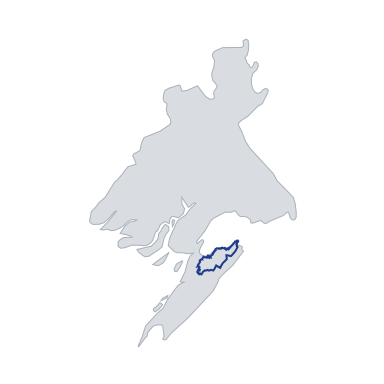 location of Khagrachhari, Chittagong, Bangladesh, rotated 49°
{"feature_id": "16705992B35326431749719", "entity_name": "Khagrachhari", "entity_type": "district", "adm_level": 2, "iso_a3": "BGD", "parent_name": "Bangladesh", "parent_adm1": "Chittagong", "projection": "natural_earth1", "projection_center": [91.852, 23.211], "detail": "medium", "context": "in_parent", "style": "outline", "palette": "blue", "viewbox_px": 384, "rotation_deg": 49, "n_neighbors": 0, "source": "geoboundaries", "source_scale": "gbopen_adm2", "svg_char_len": 5549}
<svg xmlns="http://www.w3.org/2000/svg" viewBox="0 0 384 384"><g transform="rotate(49 192 192)"><path d="M139.0,269.9L139.0,261.0L133.7,243.5L134.0,241.6L132.9,233.1L131.6,228.5L131.0,223.5L134.2,216.3L132.9,215.1L125.8,213.0L125.0,211.1L126.6,204.1L121.5,197.4L119.5,192.4L125.1,176.3L126.5,165.1L126.1,162.9L122.8,160.4L116.9,159.4L112.8,157.3L110.4,154.1L108.3,152.9L105.8,153.8L102.5,152.6L99.8,149.4L97.6,145.6L98.5,141.4L102.8,131.5L104.4,131.2L108.1,133.1L109.5,133.1L112.0,129.2L115.5,118.1L127.4,119.1L130.2,118.7L133.2,117.8L134.8,116.4L135.7,114.6L135.4,113.1L131.8,111.0L130.4,109.4L129.4,105.0L128.4,103.3L121.2,103.0L117.5,101.0L115.4,99.2L111.8,93.1L107.4,88.6L103.1,87.5L101.4,86.1L100.6,83.8L101.1,80.4L103.3,74.0L115.2,60.1L115.6,58.6L115.1,56.8L111.7,54.6L111.4,53.5L112.4,50.6L114.4,50.2L118.5,52.9L122.6,57.1L125.0,60.9L125.1,64.0L128.3,64.6L131.0,65.9L133.8,65.5L135.6,66.2L136.8,66.0L137.3,64.2L135.0,59.9L136.1,58.0L138.8,58.1L140.8,59.8L142.2,63.1L142.4,68.3L145.6,73.1L149.8,76.4L153.0,78.0L157.0,79.1L160.4,78.0L162.1,74.7L161.3,71.8L161.9,69.1L163.2,67.7L165.4,67.8L166.9,69.9L171.5,81.1L170.5,86.1L171.5,99.9L170.3,108.9L171.0,112.4L171.8,113.0L178.7,114.7L188.8,118.3L196.5,119.6L231.4,118.6L239.1,120.4L262.4,119.0L268.7,121.9L275.6,126.6L279.5,130.1L280.2,132.1L279.8,133.8L278.5,134.7L276.1,134.8L270.6,132.5L269.7,133.2L269.6,138.6L265.2,152.2L264.5,156.4L263.0,158.0L258.4,158.9L255.3,166.8L254.0,167.8L251.0,166.1L249.1,166.4L246.8,167.1L244.4,168.9L242.8,171.2L240.9,172.0L234.4,171.8L233.1,175.5L228.9,180.3L225.9,193.1L226.1,197.0L229.7,207.1L232.2,220.3L233.2,221.7L234.4,221.8L234.5,215.8L235.7,215.0L237.2,215.7L240.3,223.8L242.0,225.9L244.7,226.5L247.8,225.2L250.1,222.8L251.1,220.3L250.3,211.4L251.7,207.8L257.0,202.4L257.8,200.7L257.5,191.8L259.5,191.5L262.2,192.2L265.6,190.1L266.6,190.1L268.0,192.3L270.5,191.9L274.1,209.6L274.4,222.0L275.2,228.9L276.5,230.5L280.6,240.9L284.4,277.4L284.9,300.6L286.4,308.5L285.1,310.3L283.8,310.6L282.6,307.8L274.0,302.0L271.9,302.6L269.0,306.0L267.8,309.1L268.3,313.6L269.2,318.0L271.3,320.5L271.5,323.3L273.8,333.7L273.1,333.8L268.4,324.3L262.7,314.9L260.8,298.2L260.7,290.0L256.8,280.2L253.2,263.3L254.8,257.3L252.0,259.9L247.7,249.7L241.0,239.8L239.1,235.4L239.0,231.1L236.1,235.4L232.2,238.5L228.1,243.0L225.5,244.4L217.0,245.2L212.1,239.1L205.2,224.2L204.2,220.8L205.2,212.1L203.5,203.8L203.1,196.5L201.8,197.1L201.3,199.1L201.6,202.2L201.1,204.8L189.3,203.1L194.3,207.5L199.7,208.5L202.5,212.4L202.7,218.9L197.3,222.8L197.8,226.1L200.9,230.1L197.1,231.3L196.1,233.9L196.0,237.6L198.6,243.4L198.2,245.6L202.6,253.1L203.4,256.7L202.3,261.8L192.7,272.1L189.9,279.4L187.5,282.8L184.5,283.5L180.9,280.0L180.9,276.5L181.6,273.6L186.7,266.8L183.9,267.7L176.1,273.4L174.7,268.8L173.7,264.6L173.7,259.4L177.5,251.6L173.2,255.5L172.0,260.3L172.5,266.0L172.0,270.0L170.3,275.3L168.0,278.5L164.3,280.5L162.7,283.6L160.2,285.9L159.4,275.3L156.8,261.0L156.2,264.1L157.5,272.9L157.4,278.7L155.4,283.3L151.3,288.2L148.2,288.9L146.4,288.1L140.7,280.7L140.2,273.8L139.0,269.9ZM210.0,270.1L202.9,271.8L199.2,271.3L206.1,258.4L205.9,252.7L204.8,248.0L201.4,244.2L201.2,241.5L199.6,237.8L198.8,233.5L202.7,232.2L205.8,234.6L206.9,239.5L208.4,243.2L213.8,250.7L213.7,255.3L212.2,266.7L210.0,270.1ZM225.4,265.9L221.0,269.3L222.5,249.0L225.7,256.6L226.6,260.6L225.4,265.9ZM242.1,255.8L240.2,257.2L238.4,255.9L236.2,251.2L237.3,245.1L238.0,244.3L240.8,250.4L242.1,255.8ZM258.3,298.6L255.8,298.8L254.6,297.4L255.2,295.4L254.5,288.8L257.7,288.1L258.8,293.6L258.3,298.6ZM255.5,280.2L253.7,286.7L253.0,283.8L254.2,278.1L255.5,280.2ZM204.6,227.3L205.3,229.4L201.3,226.7L200.2,224.7L202.0,223.7L204.6,227.3Z" fill="#d9dde1" stroke="#a8b0b8" stroke-width="1"/><path d="M257.4,240.7L258.8,240.6L259.0,239.3L260.0,239.2L260.4,238.9L259.4,235.9L259.6,233.6L260.4,233.2L261.1,231.2L262.0,231.1L262.6,230.6L263.2,228.7L265.2,227.5L264.7,225.3L263.3,221.9L265.1,221.5L266.1,220.8L266.2,221.1L267.8,220.5L266.7,218.1L265.9,215.4L265.5,209.8L262.3,207.5L264.1,205.9L265.3,205.2L266.0,204.4L265.1,198.1L263.4,193.7L262.2,193.7L261.3,193.2L261.3,192.9L260.7,192.9L260.6,192.6L260.4,192.5L259.7,190.0L259.5,189.5L259.0,189.7L258.7,189.4L258.3,189.8L258.5,190.1L258.2,190.4L258.6,191.4L257.9,191.5L257.6,191.9L258.2,193.8L258.0,194.3L258.5,195.6L258.6,198.4L258.9,199.2L258.6,199.7L259.2,200.8L259.1,202.1L258.6,201.9L258.7,202.3L257.8,202.6L258.0,204.1L257.2,204.2L257.0,203.9L256.2,203.9L256.1,204.3L255.7,204.2L255.7,204.5L254.6,205.6L254.0,205.6L253.9,206.4L253.6,206.5L253.7,207.3L253.2,207.6L253.2,208.2L252.5,208.6L252.4,209.1L251.5,209.6L250.7,210.3L250.6,211.9L251.2,212.3L251.1,212.9L251.3,213.3L251.2,213.5L251.3,213.7L251.5,213.5L251.5,214.1L251.8,214.3L251.7,215.4L252.1,215.9L251.9,216.3L252.4,216.7L252.3,217.2L252.6,217.4L252.4,217.7L252.7,218.3L252.5,218.8L252.6,219.5L252.9,220.0L252.7,220.6L253.6,220.9L252.7,221.5L252.9,221.9L252.7,221.9L252.4,222.4L251.9,222.4L252.0,222.2L251.7,221.9L251.7,222.2L251.1,222.0L251.5,223.4L251.3,224.0L251.1,224.1L251.1,223.6L250.9,223.4L251.0,223.8L250.5,224.0L249.8,225.1L249.1,225.5L248.9,226.1L248.5,226.1L249.0,227.5L249.1,228.3L249.3,228.4L249.1,228.5L248.9,229.7L249.1,230.0L248.7,231.0L249.2,231.5L249.9,231.7L250.3,232.2L250.3,233.1L250.7,233.7L250.7,234.5L251.1,235.6L251.7,236.1L251.9,236.8L252.6,235.6L253.6,235.7L253.5,236.5L253.7,236.1L254.3,236.8L254.5,236.4L254.5,237.4L255.2,236.9L255.7,236.9L256.1,237.6L255.6,237.6L255.3,239.3L255.6,240.3L256.2,240.6L257.1,240.2L257.4,240.7Z" fill="none" stroke="#1e3a8a" stroke-width="2"/></g></svg>